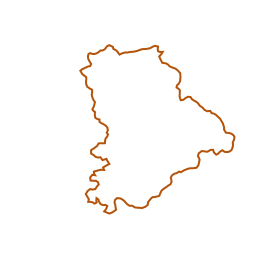 outline of Belo Vale, Minas Gerais, Brazil, rotated 231°
{"feature_id": "56859067B69751783454408", "entity_name": "Belo Vale", "entity_type": "district", "adm_level": 2, "iso_a3": "BRA", "parent_name": "Brazil", "parent_adm1": "Minas Gerais", "projection": "robinson", "projection_center": [-44.059, -20.405], "detail": "fine", "context": "isolated", "style": "outline", "palette": "amber", "viewbox_px": 256, "rotation_deg": 231, "n_neighbors": 0, "source": "geoboundaries", "source_scale": "gbopen_adm2", "svg_char_len": 3115}
<svg xmlns="http://www.w3.org/2000/svg" viewBox="0 0 256 256"><g transform="rotate(231 128 128)"><path d="M104.4,56.8L103.2,53.6L100.1,53.1L97.4,52.8L95.6,50.6L94.3,52.2L92.6,53.7L90.3,54.4L89.8,56.7L91.7,57.8L93.3,59.4L91.0,60.0L89.3,59.2L86.1,58.8L83.6,60.2L82.3,62.2L80.4,62.8L78.8,59.9L78.1,57.0L75.6,58.4L73.3,59.6L72.3,62.6L72.1,65.2L72.0,67.3L74.2,68.4L76.3,69.8L78.4,70.5L80.2,72.4L80.4,75.5L77.7,78.0L74.7,79.0L72.0,79.3L69.5,79.4L66.5,80.3L64.9,82.4L62.0,83.3L60.0,85.3L58.6,86.9L57.0,88.5L55.9,91.7L55.8,94.9L57.8,97.1L58.6,100.8L58.9,103.4L57.5,105.4L56.4,107.7L55.6,109.6L57.0,112.1L58.2,114.6L58.3,117.5L58.0,120.3L57.9,123.3L57.5,125.4L58.6,127.8L60.5,129.1L62.4,129.9L63.4,132.1L63.4,134.9L62.3,137.4L62.0,140.2L60.4,141.3L59.8,144.9L58.8,148.5L57.5,151.1L55.9,153.1L54.0,156.2L54.7,159.2L56.5,161.5L58.2,163.6L60.0,164.3L62.1,164.6L63.8,167.0L63.7,170.8L61.4,173.0L59.5,174.9L59.0,178.5L57.5,180.4L54.9,179.4L51.8,179.8L51.3,182.0L51.7,184.1L51.4,187.3L48.6,188.1L46.9,189.9L45.9,191.8L45.7,194.5L47.1,197.1L49.0,199.2L50.9,200.3L52.1,202.9L53.9,205.1L55.9,205.4L58.5,204.8L60.5,203.4L62.8,201.1L66.4,201.7L68.0,203.1L69.9,203.8L71.8,204.6L74.8,205.0L77.3,205.4L79.8,205.0L83.0,204.6L85.3,203.7L87.0,202.3L89.5,202.7L91.1,200.2L93.8,198.9L97.2,198.7L100.2,197.8L103.4,198.0L106.5,197.2L108.7,196.2L110.6,195.8L112.7,196.1L114.5,194.3L115.0,192.1L115.1,188.7L116.4,186.5L118.4,187.2L120.3,188.1L122.3,190.0L124.6,192.0L126.8,192.0L128.9,191.2L130.3,192.8L130.5,195.4L131.7,198.1L133.6,199.9L135.5,201.6L137.9,203.1L141.5,202.9L144.4,202.2L146.6,200.8L149.6,199.2L152.3,199.0L154.3,198.2L155.7,196.9L157.2,195.6L159.4,196.2L161.2,196.5L164.0,197.3L164.4,200.3L165.3,202.9L167.0,200.6L168.8,199.7L170.6,200.7L172.4,202.6L175.0,200.5L175.7,197.9L176.1,195.4L177.7,192.3L179.2,190.2L180.5,188.4L181.3,186.0L182.2,183.5L183.1,181.6L184.1,179.8L185.7,177.6L187.1,174.9L188.6,173.2L189.6,170.8L190.4,167.6L192.6,167.7L194.4,167.9L196.5,167.4L198.7,166.4L200.5,167.3L202.5,166.4L204.2,165.6L204.7,162.8L203.8,159.7L204.2,157.1L205.6,155.4L205.4,153.0L205.8,150.6L206.7,148.3L208.2,146.7L210.0,145.8L210.3,143.7L208.8,141.9L206.8,140.6L203.7,140.0L201.0,139.7L199.9,137.7L201.1,135.3L201.8,132.1L202.5,129.5L202.5,127.0L200.6,126.7L198.5,126.4L196.2,127.0L194.0,127.6L192.0,126.2L190.4,124.5L188.4,123.1L185.6,122.3L182.9,123.1L180.3,124.2L178.4,122.7L177.1,121.2L175.5,120.1L173.7,119.4L171.3,118.8L168.9,118.6L167.5,116.7L166.2,115.0L165.0,112.1L163.0,111.9L161.2,112.4L159.3,110.6L156.6,109.0L154.3,109.8L152.5,111.2L150.9,109.8L149.0,110.1L147.0,111.1L144.4,112.0L141.6,112.3L139.1,111.1L137.6,108.5L135.6,108.4L134.4,106.4L134.0,104.1L132.7,102.4L130.7,100.5L131.9,98.8L133.3,97.3L134.5,95.4L133.5,92.8L133.6,89.1L134.0,85.4L131.4,83.2L128.4,84.3L126.1,84.6L124.0,86.0L122.7,88.1L119.1,88.0L117.6,91.8L115.0,91.2L111.8,90.9L112.6,86.7L113.0,83.8L110.4,83.0L112.7,80.6L114.1,77.5L115.6,74.1L113.9,72.9L112.0,72.7L114.1,70.7L113.3,67.4L110.8,65.8L109.2,67.4L107.2,69.8L104.9,70.6L102.5,69.7L102.1,67.0L101.1,64.1L102.5,61.6L104.4,60.2L104.4,56.8Z" fill="none" stroke="#b45309" stroke-width="2"/></g></svg>